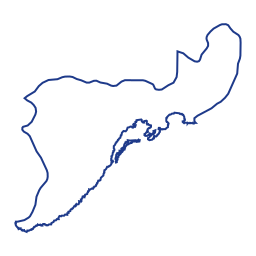 outline of Pueblo Viejo, Azua, Dominican Republic
{"feature_id": "3306468B59626233413170", "entity_name": "Pueblo Viejo", "entity_type": "district", "adm_level": 2, "iso_a3": "DOM", "parent_name": "Dominican Republic", "parent_adm1": "Azua", "projection": "robinson", "projection_center": [-70.862, 18.341], "detail": "fine", "context": "isolated", "style": "outline", "palette": "blue", "viewbox_px": 256, "rotation_deg": 0, "n_neighbors": 0, "source": "geoboundaries", "source_scale": "gbopen_adm2", "svg_char_len": 5878}
<svg xmlns="http://www.w3.org/2000/svg" viewBox="0 0 256 256"><path d="M177.5,51.4L177.2,72.0L176.6,77.1L173.5,82.7L168.4,85.2L161.8,89.5L158.9,89.8L156.1,89.4L155.0,88.6L153.4,85.0L152.7,84.2L145.3,80.8L143.1,80.3L124.9,80.2L121.5,81.6L116.5,85.6L113.1,86.0L111.1,85.6L107.1,83.7L100.4,82.5L96.4,80.7L93.9,80.8L89.3,82.6L86.6,82.6L81.2,80.3L76.7,79.0L72.6,77.0L69.7,76.5L65.1,76.6L62.3,77.2L57.5,79.2L48.5,80.0L42.6,82.8L38.8,86.1L34.8,91.5L27.2,96.1L24.6,98.2L27.2,100.4L31.3,102.6L33.7,105.0L35.6,107.9L36.1,111.6L35.4,114.5L31.7,121.8L27.7,125.5L23.1,126.8L22.4,127.7L22.3,129.7L23.8,131.6L27.6,133.8L29.8,136.2L36.6,151.4L41.0,157.7L46.8,170.2L47.6,173.0L47.7,176.8L47.3,179.1L46.4,181.1L40.7,187.8L39.2,190.3L36.5,196.7L35.4,204.8L32.5,211.8L30.0,216.3L28.6,217.6L24.4,220.1L17.5,221.7L15.9,221.7L15.9,222.8L15.4,223.1L15.9,223.7L15.6,224.7L16.2,225.9L17.8,227.8L18.3,227.8L18.3,228.4L18.9,228.4L18.9,229.0L20.5,228.4L20.5,229.0L21.8,229.6L21.8,230.2L22.9,230.2L22.9,230.5L24.0,230.2L24.0,230.8L26.4,231.8L26.4,231.5L27.5,231.2L27.5,230.5L29.4,230.5L30.2,229.9L31.0,229.9L31.0,229.6L31.8,229.6L32.0,229.0L32.9,229.0L33.4,227.8L34.2,227.4L34.2,226.8L35.3,226.5L35.8,225.9L36.6,225.9L36.6,225.3L38.0,225.0L38.0,224.7L38.5,225.0L40.1,224.7L40.1,225.0L40.9,225.0L41.2,225.6L42.5,225.6L42.5,224.7L43.1,224.0L44.7,224.0L45.0,224.7L46.6,225.0L46.6,225.3L47.9,225.3L49.0,224.4L51.2,224.4L51.4,223.1L53.6,221.9L54.1,220.6L56.0,220.3L56.8,219.1L58.7,219.1L58.4,217.9L59.5,216.0L61.1,216.3L61.6,215.7L64.1,215.7L65.1,214.5L67.3,214.8L67.3,213.2L68.6,212.9L68.4,211.7L70.3,211.1L70.5,209.8L71.1,209.2L71.9,209.2L72.4,208.3L72.9,208.3L74.3,206.1L75.4,206.4L75.9,205.8L75.6,204.9L76.2,204.2L76.4,204.6L78.6,204.2L78.9,203.0L79.4,202.7L79.1,201.2L81.0,201.5L81.0,200.8L81.3,200.8L81.0,199.6L81.6,199.6L81.8,198.4L82.6,197.8L82.6,196.5L83.4,196.2L84.2,196.8L84.2,196.5L84.8,196.5L85.1,194.7L87.2,194.0L87.5,192.5L88.0,192.2L88.0,191.3L88.6,191.3L89.1,190.6L89.1,189.4L89.9,189.7L91.8,188.5L92.9,188.8L93.4,187.5L93.9,187.5L94.2,186.6L95.5,186.3L96.1,185.7L96.1,184.8L96.6,184.5L96.9,183.2L97.4,183.2L98.2,180.7L99.3,180.7L99.3,180.4L100.4,180.1L100.9,177.7L103.4,175.5L103.6,173.6L104.4,172.7L104.4,171.5L104.2,171.5L104.4,170.2L105.2,169.9L106.3,168.7L107.1,166.8L108.5,166.8L108.7,166.2L109.8,165.9L111.2,164.4L111.4,162.8L112.0,162.8L113.0,161.6L112.8,160.9L111.7,161.3L111.2,160.6L111.2,159.4L111.4,159.4L111.2,158.5L111.7,157.5L111.4,156.3L112.0,156.0L112.5,154.8L112.8,152.6L113.3,152.3L113.3,151.1L113.8,151.1L114.4,150.1L114.4,149.2L113.8,148.6L113.8,146.1L115.2,144.6L115.5,143.3L116.3,142.7L116.5,141.8L117.3,141.5L117.9,139.9L118.4,139.9L119.2,138.4L120.3,137.8L120.8,135.3L121.4,135.3L121.6,134.7L121.9,132.8L123.5,131.0L125.7,131.3L126.8,130.0L127.6,127.6L129.5,127.2L130.3,126.6L131.6,126.6L132.4,127.6L133.2,127.6L133.8,126.9L135.1,126.9L135.6,125.4L133.5,125.7L133.2,124.5L133.8,123.8L134.8,123.8L135.4,122.9L135.4,122.0L136.2,122.0L136.4,120.4L137.0,120.4L137.0,120.1L141.3,119.5L141.8,120.1L141.8,121.4L142.4,122.0L142.9,122.0L143.2,122.6L144.0,122.6L144.2,121.1L146.4,120.7L146.9,121.1L146.7,123.5L147.2,124.5L148.3,124.1L148.6,124.8L151.0,125.4L151.0,126.9L150.4,127.6L149.6,127.6L149.4,128.2L148.6,128.2L147.7,129.1L147.7,130.0L147.2,130.3L147.2,131.0L147.7,131.0L148.0,131.9L147.7,132.2L146.7,131.9L145.3,133.7L144.5,134.0L144.5,135.0L145.1,135.0L145.3,135.9L147.2,135.9L148.3,135.0L149.1,135.0L149.4,134.0L150.2,134.0L150.2,133.7L150.7,134.0L150.7,134.7L151.2,134.7L153.7,132.5L153.4,131.0L155.3,130.3L155.0,132.5L153.7,134.0L151.5,134.7L151.2,135.6L150.2,135.9L149.4,137.4L148.0,138.1L148.0,139.3L149.4,140.2L152.3,139.6L152.9,138.7L153.7,138.7L154.2,137.8L154.2,136.8L153.9,136.8L154.2,135.9L156.1,136.5L157.2,135.6L157.2,135.0L157.7,134.4L158.2,134.4L159.0,133.4L159.3,132.2L159.9,131.9L159.9,130.0L158.5,129.1L158.8,127.9L159.9,127.9L160.9,129.4L162.3,129.4L162.3,129.1L165.5,129.1L166.6,127.9L167.9,127.2L167.9,125.1L168.2,125.1L168.5,123.8L168.2,123.8L168.2,122.9L167.4,122.0L166.8,122.0L166.3,121.1L166.3,118.0L167.1,117.7L167.1,117.0L169.5,114.6L170.6,114.6L172.0,113.6L173.8,113.6L174.4,112.7L179.5,113.3L179.8,113.9L181.6,113.9L181.6,114.3L182.4,114.3L182.7,114.9L183.3,114.9L184.3,117.0L184.3,118.9L184.9,119.2L184.9,120.1L183.3,121.4L182.7,121.4L182.7,122.0L184.1,123.2L184.9,122.6L187.6,122.9L187.6,123.2L187.8,122.9L188.1,123.2L190.3,123.2L190.3,122.9L192.4,123.2L192.7,122.9L193.2,123.5L194.0,123.5L194.3,122.9L195.8,122.9L194.4,121.4L194.4,118.2L197.6,115.7L211.5,108.3L217.1,103.7L220.7,101.8L225.0,97.8L228.2,93.8L237.2,73.6L238.0,63.7L239.9,58.6L240.4,55.6L240.6,42.6L240.4,38.7L239.6,36.6L238.4,35.0L233.3,31.7L230.4,28.4L228.2,25.2L225.9,24.2L221.9,24.3L220.0,25.0L213.6,28.6L210.4,31.6L207.6,34.9L206.7,36.9L206.5,38.3L206.7,39.7L208.1,43.1L208.1,45.9L206.7,48.4L201.6,54.6L200.0,59.7L198.9,61.2L197.1,61.7L194.6,61.3L188.3,57.6L183.3,53.3L177.5,51.4ZM138.6,139.6L137.0,140.8L135.9,140.2L131.1,140.5L131.1,140.8L127.8,140.2L128.1,142.1L126.2,141.8L125.9,142.4L125.4,142.4L125.1,143.6L124.6,143.9L124.1,145.2L124.1,146.4L123.0,147.7L122.2,148.0L122.2,148.6L122.7,148.6L123.0,149.5L122.5,149.8L122.5,148.9L121.4,148.9L121.6,150.7L120.8,151.7L120.3,151.7L120.3,150.7L119.5,150.7L119.5,152.3L120.0,152.6L120.0,153.2L119.2,153.5L119.0,154.5L118.7,154.5L119.0,153.2L118.4,152.9L117.1,153.2L117.1,153.8L116.3,154.5L116.0,157.2L115.5,158.2L115.5,159.1L116.3,159.7L116.3,160.6L115.7,161.3L116.0,162.5L116.8,162.2L116.8,160.6L117.6,159.7L117.6,157.5L117.9,156.9L118.4,156.9L118.4,156.0L120.8,153.5L121.1,152.6L122.2,152.0L122.2,151.1L122.7,151.1L124.1,149.5L124.6,149.5L124.9,148.3L124.3,148.3L124.3,148.0L125.1,147.7L125.1,147.0L127.0,144.9L127.0,144.3L128.1,144.3L128.1,143.9L129.7,143.6L130.3,143.0L131.6,143.0L132.9,141.5L137.0,141.5L137.0,141.8L139.4,141.5L139.7,140.2L139.1,140.2L138.6,139.6Z" fill="none" stroke="#1e3a8a" stroke-width="2"/></svg>